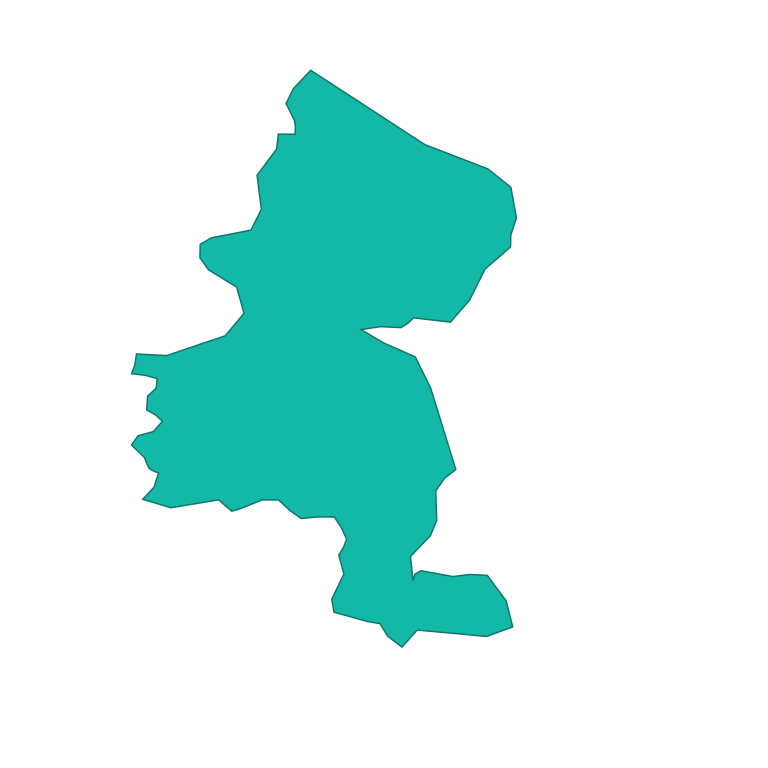 the border of Mahanuvara, rotated 306°
{"feature_id": "LKA-2448", "entity_name": "Mahanuvara", "entity_type": "District", "adm_level": 1, "iso_a3": "LKA", "parent_name": "Sri Lanka", "parent_adm1": "", "projection": "robinson", "projection_center": [80.641, 7.216], "detail": "fine", "context": "isolated", "style": "filled", "palette": "teal", "viewbox_px": 768, "rotation_deg": 306, "n_neighbors": 0, "source": "natural_earth", "source_scale": "10m", "svg_char_len": 1299}
<svg xmlns="http://www.w3.org/2000/svg" viewBox="0 0 768 768"><g transform="rotate(306 384 384)"><path d="M181.7,553.2L182.1,535.3L187.8,521.5L182.1,510.2L170.0,477.7L179.1,468.3L206.7,463.2L219.1,447.9L227.8,447.3L236.5,445.0L242.7,433.9L247.2,422.1L237.9,409.0L226.5,396.0L226.3,382.8L228.2,366.8L218.6,353.5L198.4,340.9L191.6,335.6L193.0,318.2L158.6,284.3L148.9,256.6L165.3,258.6L179.6,253.9L178.3,249.7L177.6,243.8L180.3,238.5L183.7,233.6L186.2,215.5L197.6,215.5L210.0,225.4L223.6,226.6L224.7,217.2L223.5,207.2L235.2,199.9L246.6,202.1L255.1,197.5L250.4,185.2L244.0,173.8L253.3,171.1L262.8,166.1L279.2,191.4L329.7,227.2L358.9,229.2L375.8,207.9L373.2,174.9L378.0,160.8L389.0,153.2L400.8,158.4L430.3,185.9L453.2,182.1L478.3,158.6L511.0,159.0L524.1,151.7L533.7,165.2L539.5,161.6L544.6,156.6L553.4,139.9L569.5,137.1L594.7,140.3L601.7,276.5L619.1,341.8L617.7,371.0L596.3,393.5L579.3,398.9L569.2,405.8L536.3,398.2L502.2,403.9L473.1,401.4L454.8,368.9L447.9,367.9L439.6,364.6L428.3,347.4L414.5,333.4L417.0,359.6L424.3,393.3L408.2,424.1L357.0,492.4L343.4,488.4L327.9,488.7L304.8,506.7L288.6,510.7L260.0,506.8L242.0,523.0L248.5,520.8L254.7,523.8L268.7,552.9L280.5,565.6L289.9,580.1L280.4,610.2L263.2,630.9L240.1,615.4L204.4,555.5L181.7,553.2Z" fill="#14b8a6" stroke="#0f766e" stroke-width="1.5"/></g></svg>